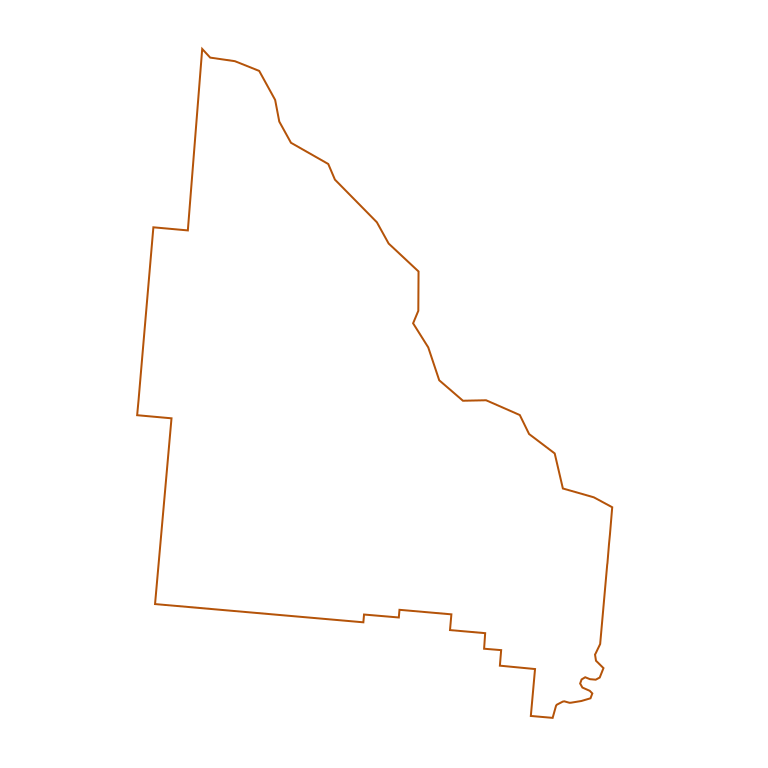 Canyon, Idaho, United States of America, rotated 185°
{"feature_id": "52423323B68106023304416", "entity_name": "Canyon", "entity_type": "district", "adm_level": 2, "iso_a3": "USA", "parent_name": "United States of America", "parent_adm1": "Idaho", "projection": "robinson", "projection_center": [-116.848, 43.585], "detail": "fine", "context": "isolated", "style": "outline", "palette": "amber", "viewbox_px": 768, "rotation_deg": 185, "n_neighbors": 0, "source": "geoboundaries", "source_scale": "gbopen_adm2", "svg_char_len": 1041}
<svg xmlns="http://www.w3.org/2000/svg" viewBox="0 0 768 768"><g transform="rotate(185 384 384)"><path d="M145.9,281.1L165.1,289.4L196.7,295.5L207.9,329.7L235.1,346.8L246.0,364.9L280.9,376.7L303.9,374.2L329.3,392.5L343.1,424.3L360.3,447.0L356.2,459.9L359.4,499.1L391.6,524.3L405.2,544.5L450.7,583.3L458.7,598.3L497.7,616.2L511.2,636.3L517.2,657.5L535.6,685.0L560.7,692.6L585.6,694.0L594.3,701.9L592.8,519.9L627.4,520.0L627.2,394.3L627.1,347.2L627.2,331.4L592.7,331.3L592.9,144.8L523.3,144.8L418.9,144.8L383.8,144.8L383.8,152.6L348.9,152.7L348.9,160.4L296.8,160.4L296.8,144.6L261.5,144.6L261.2,129.0L244.1,129.1L244.0,113.5L208.7,113.2L208.8,66.1L186.9,66.1L184.6,78.3L184.0,79.5L178.2,83.2L176.7,83.6L171.5,82.6L170.0,82.8L159.8,85.4L150.9,88.9L149.5,93.9L152.3,96.3L159.9,98.9L162.5,102.7L161.4,106.9L158.0,109.4L153.1,107.9L147.3,107.9L143.5,110.4L140.6,120.1L148.7,126.8L150.2,132.9L149.8,133.7L146.0,143.8L145.9,223.8L145.8,224.9L145.9,244.4L145.8,253.7L145.9,278.7L145.9,281.1Z" fill="none" stroke="#b45309" stroke-width="2"/></g></svg>